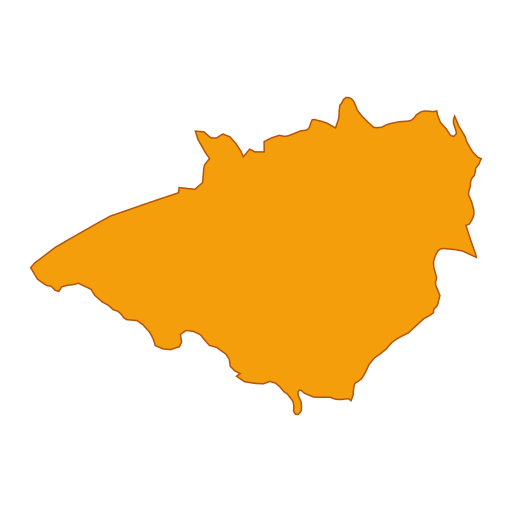 Carbunari, Caras-Severin, Romania
{"feature_id": "2599482B8506832177959", "entity_name": "Carbunari", "entity_type": "district", "adm_level": 2, "iso_a3": "ROU", "parent_name": "Romania", "parent_adm1": "Caras-Severin", "projection": "natural_earth1", "projection_center": [21.763, 44.828], "detail": "fine", "context": "isolated", "style": "filled", "palette": "amber", "viewbox_px": 512, "rotation_deg": 0, "n_neighbors": 0, "source": "geoboundaries", "source_scale": "gbopen_adm2", "svg_char_len": 3895}
<svg xmlns="http://www.w3.org/2000/svg" viewBox="0 0 512 512"><path d="M351.1,400.7L353.2,394.8L353.3,391.9L353.6,389.0L354.1,386.2L354.8,383.3L356.6,382.3L358.4,381.1L360.1,379.9L361.7,378.5L363.8,375.2L365.7,371.7L367.4,368.2L368.9,364.6L374.4,357.9L377.7,355.6L380.9,353.3L383.9,350.9L386.9,348.4L388.4,346.4L390.0,344.5L391.7,342.7L393.7,341.1L397.1,338.8L400.7,336.7L404.4,334.8L408.2,333.0L424.1,318.4L429.2,315.8L433.5,312.7L433.7,309.3L436.4,306.7L437.6,304.7L439.9,295.6L435.7,285.1L435.5,281.7L436.0,280.6L436.3,279.5L436.5,278.4L436.5,277.3L433.7,266.8L433.5,262.0L434.3,258.6L435.0,256.7L435.8,254.8L436.8,252.9L437.8,251.1L440.4,249.0L443.5,248.5L456.0,249.7L462.7,251.1L476.4,257.4L475.7,254.3L473.1,247.1L470.6,239.8L468.2,232.5L465.9,225.2L469.1,224.2L470.6,222.0L471.9,219.7L473.0,217.3L473.9,214.8L473.8,210.1L471.5,201.5L468.7,195.4L468.6,192.3L470.4,185.9L470.4,184.2L470.6,182.5L470.9,180.8L471.5,179.1L472.0,178.2L472.6,177.3L473.4,176.5L474.2,175.8L475.5,170.9L475.5,168.6L479.3,163.6L479.6,162.3L480.0,161.1L480.6,160.0L481.3,158.8L477.9,157.3L472.8,152.2L470.5,148.5L466.5,141.3L465.2,136.7L458.6,125.7L454.6,116.1L454.2,117.1L453.9,118.1L453.6,119.2L453.5,120.2L453.4,121.3L453.6,123.8L454.5,126.2L455.3,128.6L456.0,131.1L456.4,133.6L453.7,136.5L450.4,135.3L446.2,128.8L440.4,122.4L437.4,114.6L436.8,110.9L433.1,111.7L430.9,111.4L428.7,111.2L426.5,111.1L424.3,111.1L421.1,111.8L416.3,114.8L415.3,116.3L414.2,117.7L412.9,119.0L411.4,120.2L408.4,121.1L399.4,121.7L390.2,123.6L388.0,124.2L385.9,125.1L383.9,126.0L381.9,127.2L376.6,127.7L373.7,127.3L373.0,126.7L370.4,124.4L367.9,122.1L365.4,119.6L363.0,117.2L361.0,115.0L357.2,110.1L356.3,107.3L355.2,104.6L354.5,103.1L353.7,101.6L353.1,100.5L352.7,100.1L352.0,99.3L351.1,98.7L350.2,98.2L349.2,97.8L348.7,97.6L345.9,97.5L343.2,99.8L342.7,101.2L341.9,102.6L341.0,104.0L339.9,105.1L339.5,107.9L339.2,110.6L339.1,113.4L339.0,116.1L338.3,119.9L335.5,128.0L327.1,123.2L321.3,121.2L319.7,120.9L318.0,120.5L316.4,120.1L314.8,119.5L312.3,119.7L311.6,121.2L310.9,122.8L310.2,124.7L309.7,126.6L309.3,127.3L308.7,128.2L308.0,129.0L307.2,129.6L306.3,130.2L300.6,130.8L296.4,132.6L288.3,135.8L284.4,136.4L279.3,135.3L271.3,138.0L264.1,141.6L264.2,151.9L255.0,151.9L249.7,149.1L243.3,156.8L240.9,151.3L235.9,143.5L229.8,136.8L222.9,134.0L216.3,138.1L210.7,137.8L204.0,131.9L195.4,131.1L197.9,139.3L204.9,151.8L209.5,158.6L204.6,164.8L203.8,168.2L202.6,182.6L194.9,189.3L179.2,187.6L178.4,192.8L161.3,198.5L144.3,204.3L127.3,210.2L110.3,216.1L96.5,223.7L82.8,231.5L69.1,239.3L55.5,247.2L34.7,263.0L30.7,267.7L37.4,279.0L39.7,280.8L42.1,282.5L44.5,284.1L47.0,285.6L51.2,286.2L54.9,290.1L58.7,291.5L61.8,286.8L67.7,285.2L70.4,285.0L73.1,284.6L75.7,284.0L78.2,283.2L91.1,289.3L94.7,295.3L102.3,302.0L108.6,305.4L113.0,309.6L117.7,311.2L119.5,312.6L121.1,314.2L122.5,315.9L123.7,317.7L126.5,319.6L137.0,320.6L143.1,324.9L149.4,331.9L150.3,333.4L151.9,336.3L153.3,339.3L154.4,342.4L155.3,345.6L163.0,348.9L170.7,349.6L179.4,346.7L181.6,342.0L180.4,334.5L186.0,330.5L193.3,331.3L200.5,334.8L202.6,337.5L204.8,340.2L207.1,342.8L209.4,345.4L216.5,347.3L226.1,354.3L229.2,359.2L230.4,366.5L234.8,370.9L240.2,373.7L236.5,376.2L244.5,381.7L255.8,383.5L263.6,383.8L269.7,381.4L275.5,383.1L279.8,386.8L284.0,391.8L287.3,393.9L292.2,400.3L292.8,401.3L293.2,402.4L293.4,403.2L293.5,404.2L293.7,405.5L293.8,406.7L293.8,407.9L293.7,409.1L293.5,410.2L294.1,412.4L295.6,414.3L298.1,414.5L299.0,413.7L299.8,412.7L300.6,411.8L301.2,410.7L301.4,408.4L301.5,406.2L301.3,403.9L301.0,401.6L300.9,401.2L298.3,395.7L298.0,391.9L299.4,390.0L301.6,390.5L302.2,391.3L303.0,392.0L303.8,392.7L304.6,393.3L313.4,397.0L317.6,397.2L321.8,397.3L326.0,397.3L330.2,397.2L331.4,397.8L332.6,398.3L333.9,398.7L335.2,399.1L336.5,399.3L337.7,399.4L339.7,399.5L341.0,399.5L343.3,399.3L345.5,398.9L348.8,398.9L351.1,400.7Z" fill="#f59e0b" stroke="#b45309" stroke-width="1.5"/></svg>